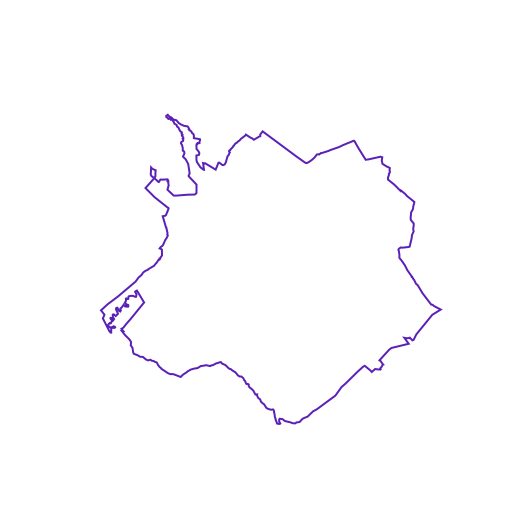 the district of Mogosesti, Iasi, Romania, rotated 61°
{"feature_id": "2599482B56891925911453", "entity_name": "Mogosesti", "entity_type": "district", "adm_level": 2, "iso_a3": "ROU", "parent_name": "Romania", "parent_adm1": "Iasi", "projection": "natural_earth1", "projection_center": [27.481, 47.029], "detail": "fine", "context": "isolated", "style": "outline", "palette": "violet", "viewbox_px": 512, "rotation_deg": 61, "n_neighbors": 0, "source": "geoboundaries", "source_scale": "gbopen_adm2", "svg_char_len": 6127}
<svg xmlns="http://www.w3.org/2000/svg" viewBox="0 0 512 512"><g transform="rotate(61 256 256)"><path d="M414.3,316.0L411.7,315.9L410.2,314.9L409.8,314.2L411.6,311.8L413.9,311.0L415.6,309.4L417.8,306.9L420.1,304.9L421.4,302.9L421.2,301.2L422.1,299.1L422.3,298.3L421.0,294.4L421.0,292.5L421.5,288.8L419.5,281.3L419.6,277.4L416.6,254.3L412.1,244.7L411.0,239.6L406.5,223.4L404.7,215.8L404.8,214.1L411.9,211.3L413.6,211.0L412.6,206.6L414.5,204.1L415.2,202.6L415.6,202.4L415.5,201.9L414.7,202.0L414.3,201.4L413.9,200.0L412.5,197.9L412.6,197.4L410.4,197.8L408.8,197.8L407.1,198.6L402.6,185.2L402.2,182.8L402.2,181.8L406.8,165.0L399.5,165.9L400.9,164.2L401.9,162.0L402.5,161.3L402.3,161.0L405.6,160.1L405.7,158.7L402.3,153.8L392.9,130.3L392.4,120.4L386.0,124.6L384.3,125.2L383.5,126.3L382.9,126.4L369.3,128.4L360.0,128.7L357.9,129.5L353.3,129.3L352.2,129.6L350.0,129.5L349.8,129.9L349.2,129.7L341.8,130.5L336.5,130.3L330.5,130.9L327.2,131.5L324.7,130.1L321.7,128.9L319.5,128.4L319.0,127.6L318.7,125.3L319.7,123.9L322.1,118.2L322.3,117.1L316.2,111.5L313.3,109.4L310.9,106.2L308.5,105.4L305.4,103.0L304.0,102.3L299.5,103.1L297.8,102.4L293.1,99.2L291.0,95.9L288.6,94.2L286.9,92.4L285.5,91.3L276.6,94.9L274.1,95.4L268.9,97.5L269.2,98.0L260.5,100.5L253.2,103.5L251.3,102.5L249.7,100.5L248.9,100.2L248.2,99.5L248.1,98.8L247.1,97.9L245.8,97.7L244.0,96.3L242.1,97.4L241.3,98.2L236.7,100.7L233.4,99.7L230.9,97.7L229.5,99.0L226.1,110.6L225.0,113.4L211.5,114.1L203.3,114.2L202.6,114.5L201.2,126.1L201.0,130.4L199.3,140.1L199.3,141.4L197.8,148.8L197.4,149.4L197.7,150.3L197.6,151.2L197.8,151.7L197.1,152.5L196.7,153.4L198.3,157.3L199.0,160.3L199.4,163.6L199.4,166.0L199.2,166.9L198.6,167.5L197.5,168.1L187.9,172.7L150.2,189.8L151.8,193.4L153.3,194.2L153.1,195.0L153.3,201.5L151.3,202.3L149.7,203.5L144.9,206.0L145.4,206.8L146.2,212.2L147.0,214.5L147.2,216.8L147.6,217.5L147.7,219.7L149.1,222.6L149.0,222.9L149.5,223.5L150.4,226.6L150.9,227.1L150.8,228.3L151.3,228.8L152.7,228.7L152.8,229.2L154.2,230.5L155.1,232.7L159.5,237.0L160.7,239.0L160.7,240.3L160.1,241.3L156.6,242.8L156.2,243.6L160.9,249.4L150.3,255.5L150.2,256.6L149.4,256.7L149.0,257.2L155.4,259.7L155.2,260.0L151.5,261.6L145.2,262.1L143.3,261.6L139.2,259.4L139.9,257.0L139.8,256.7L138.6,255.7L136.9,255.5L133.5,256.1L130.0,254.3L129.1,253.3L129.1,253.0L129.4,252.9L128.9,252.2L129.2,251.8L129.6,251.7L129.8,250.7L129.3,250.6L127.3,248.6L126.7,248.4L122.8,253.2L120.7,252.0L119.1,251.6L117.5,252.3L116.0,252.2L114.2,252.7L114.0,253.2L113.1,253.4L112.5,253.4L112.2,252.8L109.8,252.9L109.4,253.1L107.1,256.0L104.5,257.9L102.3,259.1L98.8,259.8L98.2,260.2L96.9,261.9L93.6,263.0L92.8,263.7L90.7,264.6L89.7,264.7L90.0,266.7L91.1,267.0L92.0,266.5L93.6,266.2L93.8,266.0L93.6,265.3L94.9,264.4L95.5,264.4L95.4,263.5L95.7,263.1L97.2,263.3L98.9,262.9L100.7,263.2L102.9,261.9L104.5,262.3L106.1,261.5L107.5,261.8L110.4,261.7L111.9,260.9L112.7,261.7L114.4,261.4L114.8,261.8L114.6,262.4L114.8,262.5L117.1,262.1L117.7,262.4L117.9,263.3L118.8,263.1L120.0,264.0L120.1,266.1L121.0,267.0L123.1,266.9L126.1,267.7L128.4,269.0L129.7,268.2L131.5,268.8L133.7,271.7L137.4,270.6L142.7,270.7L151.6,274.0L153.1,276.0L153.6,276.2L164.7,273.4L172.0,277.5L172.5,278.9L172.5,279.9L169.2,286.2L164.5,296.5L163.4,298.5L163.0,298.8L155.1,301.3L151.8,298.1L148.7,297.0L148.3,296.5L147.7,297.1L146.8,296.2L146.1,296.2L143.7,301.1L142.8,302.5L144.2,305.2L144.0,305.4L138.6,307.1L137.5,305.3L134.2,303.5L132.4,302.2L129.5,304.4L127.7,304.8L133.8,308.6L135.2,308.7L138.6,307.2L143.0,319.7L155.4,316.2L170.8,309.8L171.4,309.3L172.2,309.5L176.6,314.9L176.8,315.7L176.0,318.3L187.6,320.9L187.8,320.7L192.8,322.2L193.9,322.8L194.2,323.2L195.3,323.2L196.8,325.2L198.1,327.7L201.4,332.1L201.7,333.0L202.0,335.1L202.7,336.6L203.7,335.7L204.8,335.2L210.0,338.0L211.0,340.2L211.7,340.9L211.5,341.5L212.2,341.7L212.4,342.3L212.0,342.7L212.2,343.3L213.8,346.3L214.3,348.1L215.1,349.7L215.3,355.9L215.6,357.4L215.4,359.7L215.5,361.3L215.8,362.8L217.1,365.3L217.9,369.2L220.0,373.7L224.5,396.4L226.3,409.2L228.4,417.9L233.9,417.0L236.4,420.2L251.0,420.7L252.6,420.2L252.8,419.8L249.5,417.9L249.0,417.3L249.1,416.5L250.2,414.8L250.2,413.8L249.9,413.7L249.3,413.8L248.5,414.6L248.3,417.0L247.6,418.4L244.7,419.2L243.7,416.6L244.4,416.0L244.5,415.5L243.5,414.4L243.3,413.0L240.6,413.6L239.8,413.4L239.6,413.1L240.1,412.4L242.7,411.4L242.4,410.7L240.4,410.8L237.9,409.8L237.8,409.4L238.2,408.6L240.5,407.8L239.6,404.7L234.6,404.3L233.8,403.6L233.8,402.6L234.1,402.3L237.4,402.4L238.7,401.7L238.2,400.7L236.4,400.2L236.1,399.8L236.1,399.0L234.5,395.4L236.8,394.8L238.3,392.5L238.1,392.0L237.0,391.5L236.4,391.8L236.2,392.2L236.4,392.9L236.1,393.2L234.7,392.9L233.4,393.5L232.3,391.6L230.2,390.4L230.2,390.0L231.3,389.3L231.6,388.7L231.5,388.4L229.9,387.4L229.6,386.7L229.8,385.7L231.2,382.9L233.1,381.5L233.5,380.6L231.5,379.1L228.7,379.1L228.5,378.7L228.5,376.9L242.4,376.4L250.4,396.4L252.6,402.6L254.4,406.8L254.5,409.0L257.3,408.5L256.6,409.7L262.0,408.8L266.7,407.4L269.9,406.9L271.0,407.2L273.3,408.8L276.6,408.6L280.6,410.1L282.2,410.3L285.2,407.8L287.9,406.2L289.5,403.8L293.0,402.5L294.7,401.3L295.1,400.7L295.4,399.1L295.7,398.5L297.0,398.0L298.4,396.3L299.7,395.7L300.3,395.0L301.2,394.4L304.0,394.5L306.5,394.1L307.7,393.5L308.8,393.4L316.0,389.7L317.9,388.1L318.5,386.7L319.7,385.2L325.3,380.5L324.4,377.5L324.1,373.2L323.8,371.9L323.7,368.2L324.4,365.0L325.7,361.4L325.5,357.6L326.4,355.4L327.3,352.6L330.1,349.4L330.0,348.1L330.6,346.6L330.6,342.8L331.1,341.3L331.4,338.9L331.9,338.1L333.4,338.0L336.6,335.6L340.8,334.4L342.1,333.7L342.7,332.9L344.8,332.1L347.4,330.6L349.5,330.0L351.5,329.8L353.6,328.6L354.3,327.2L356.9,326.3L358.6,326.5L359.9,326.2L363.0,326.5L363.4,326.2L364.0,325.1L364.8,324.7L365.1,324.7L365.7,325.3L367.8,325.4L369.5,324.5L372.5,323.6L376.4,323.7L376.9,323.6L377.6,322.1L378.3,322.7L381.1,322.9L383.5,321.9L385.8,322.3L388.1,321.6L389.7,320.8L393.7,320.6L394.8,320.1L397.2,318.0L398.1,316.7L398.4,315.5L398.7,315.3L400.5,315.4L401.2,316.0L402.4,316.1L406.2,317.6L408.4,317.9L408.9,318.3L411.6,318.5L412.6,318.9L414.0,317.4L414.4,316.4L414.3,316.0Z" fill="none" stroke="#5b21b6" stroke-width="2"/></g></svg>